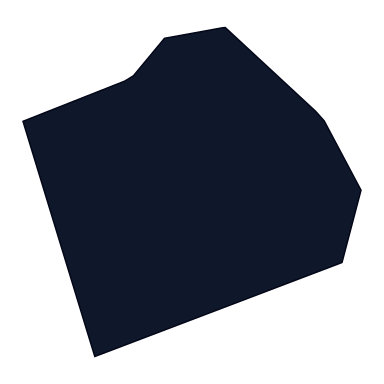 the border of Saint George
{"feature_id": "BRB-1991", "entity_name": "Saint George", "entity_type": "Parish", "adm_level": 1, "iso_a3": "BRB", "parent_name": "Barbados", "parent_adm1": "", "projection": "mercator", "projection_center": [-59.543, 13.145], "detail": "fine", "context": "isolated", "style": "filled", "palette": "ink", "viewbox_px": 384, "rotation_deg": 0, "n_neighbors": 0, "source": "natural_earth", "source_scale": "10m", "svg_char_len": 268}
<svg xmlns="http://www.w3.org/2000/svg" viewBox="0 0 384 384"><path d="M225.2,27.5L315.6,111.3L324.2,120.9L361.0,190.2L342.0,262.5L94.8,356.5L23.0,121.3L124.7,81.1L133.4,75.8L164.5,38.3L222.3,27.8L225.2,27.5Z" fill="#0f172a" stroke="#020617" stroke-width="1.5"/></svg>